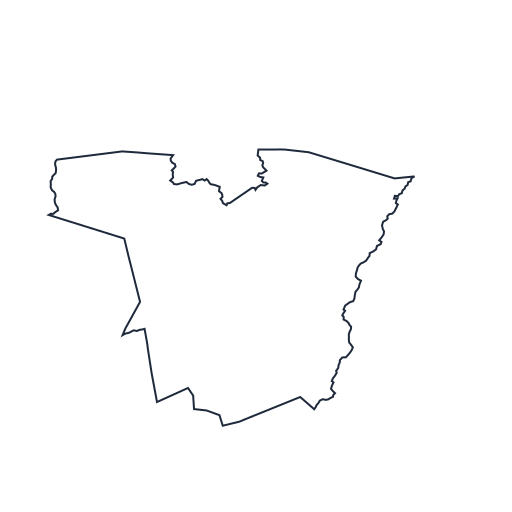 outline of Piripiri, Piauí, Brazil, rotated 248°
{"feature_id": "56859067B46900586420269", "entity_name": "Piripiri", "entity_type": "district", "adm_level": 2, "iso_a3": "BRA", "parent_name": "Brazil", "parent_adm1": "Piauí", "projection": "equal_earth", "projection_center": [-41.76, -4.358], "detail": "fine", "context": "isolated", "style": "outline", "palette": "slate", "viewbox_px": 512, "rotation_deg": 248, "n_neighbors": 0, "source": "geoboundaries", "source_scale": "gbopen_adm2", "svg_char_len": 3086}
<svg xmlns="http://www.w3.org/2000/svg" viewBox="0 0 512 512"><g transform="rotate(248 256 256)"><path d="M108.7,184.4L108.7,240.9L108.7,244.1L105.3,245.9L92.1,252.6L93.4,254.6L94.9,256.1L96.2,258.6L98.0,261.0L98.2,264.3L96.6,266.5L96.0,269.1L96.5,272.2L96.6,274.6L98.3,275.7L99.2,277.9L102.6,276.4L104.8,275.8L107.5,278.0L109.8,280.5L111.7,279.4L113.8,281.6L115.5,284.5L117.5,287.1L119.4,287.2L121.4,290.3L123.9,291.7L125.9,293.8L128.0,294.7L129.6,298.0L128.4,301.4L130.1,304.9L131.3,307.1L133.0,309.6L135.1,311.6L138.2,310.8L140.9,310.0L144.2,310.9L146.3,311.9L148.4,312.6L150.5,314.2L152.5,316.5L154.8,317.7L156.9,316.9L159.3,316.7L161.8,315.6L164.3,313.4L166.5,314.5L168.7,313.8L170.2,315.6L171.8,318.1L173.6,317.1L176.6,320.1L178.0,325.8L177.7,329.2L179.7,331.3L183.1,333.2L185.6,334.9L186.7,337.1L188.3,339.6L190.8,341.2L193.8,344.1L196.4,341.9L199.5,340.7L202.4,342.1L204.9,344.2L207.2,345.9L208.6,347.8L209.8,350.4L209.8,352.8L210.4,356.3L212.2,358.9L213.6,361.3L216.1,362.5L216.3,366.4L217.2,369.8L220.0,371.9L220.3,376.1L222.1,377.6L224.4,376.1L226.0,379.1L228.1,382.3L230.8,383.9L233.6,383.7L237.2,384.3L240.2,386.8L240.4,389.7L241.3,392.1L243.7,392.6L244.9,395.4L244.2,398.2L245.4,400.9L248.5,404.5L250.6,406.8L252.6,405.5L254.6,406.8L256.4,408.8L257.5,405.5L259.8,407.3L258.3,409.9L259.6,411.9L259.6,414.7L261.9,416.4L262.7,418.9L264.5,420.7L265.1,423.2L267.4,424.7L267.3,427.3L270.0,429.5L270.4,432.8L274.9,417.4L276.0,413.6L304.5,378.4L332.5,343.7L344.0,322.4L345.3,319.3L353.8,298.1L348.6,295.2L345.6,296.6L343.4,295.9L341.5,297.7L339.6,297.5L337.6,295.8L335.4,295.9L333.4,296.8L331.2,297.7L330.3,292.3L331.5,289.7L329.7,287.7L327.7,289.5L326.1,292.2L323.4,289.5L321.5,290.3L320.4,292.6L318.8,293.6L318.1,290.5L320.0,287.0L319.3,283.1L317.5,280.3L319.6,280.3L320.7,277.9L316.1,257.0L314.9,251.6L315.6,249.2L314.1,247.7L315.8,246.4L317.3,245.2L319.9,245.3L322.3,244.5L323.4,247.1L325.4,247.6L327.2,247.6L329.9,246.0L331.7,247.0L333.7,248.3L336.1,245.7L337.9,243.5L339.5,240.9L341.3,240.2L343.7,239.9L345.8,239.0L345.2,236.7L347.4,235.0L347.6,232.5L348.2,228.6L345.8,226.1L346.1,223.1L347.8,220.9L350.7,219.2L351.5,214.2L351.9,209.8L353.4,206.9L355.5,206.5L358.1,204.7L359.8,208.5L363.0,209.4L365.1,210.6L367.0,210.0L367.8,212.2L369.1,214.9L371.6,215.2L373.8,213.3L376.3,212.7L378.3,213.3L380.6,216.9L389.8,198.1L391.7,194.2L396.1,185.5L403.1,171.1L419.9,107.6L418.9,105.6L417.1,104.4L415.1,103.8L413.2,103.7L410.7,102.9L407.9,101.3L407.0,99.1L405.9,96.8L404.1,96.1L402.3,93.6L399.3,92.6L396.5,91.3L393.4,91.5L390.9,92.9L388.9,93.2L386.5,92.6L384.0,90.5L381.9,89.8L380.1,89.5L377.7,89.7L375.4,90.3L372.5,89.6L371.9,86.4L371.0,83.9L372.0,81.7L371.7,79.2L321.5,140.4L302.1,137.5L291.6,136.1L256.9,131.3L240.7,111.4L239.2,109.5L237.6,107.6L232.6,102.7L233.0,105.6L232.4,109.5L232.9,114.7L231.0,117.7L231.2,120.2L230.5,123.0L230.2,125.4L215.9,122.4L213.2,121.7L210.2,120.9L186.3,115.3L157.7,109.5L159.1,143.5L155.4,144.3L152.2,145.0L150.3,145.5L137.3,141.2L131.3,152.3L122.1,162.5L111.1,161.6L108.6,178.7L108.7,184.4Z" fill="none" stroke="#1e293b" stroke-width="2"/></g></svg>